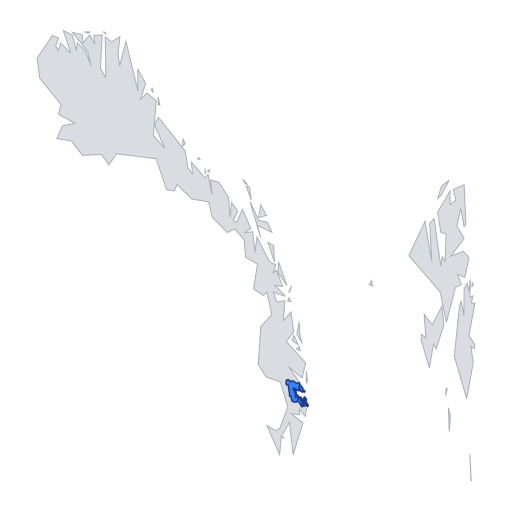 Lebesby nor, Finnmark, Norway shown in context, rotated 90°
{"feature_id": "86288312B28845238871652", "entity_name": "Lebesby nor", "entity_type": "district", "adm_level": 2, "iso_a3": "NOR", "parent_name": "Norway", "parent_adm1": "Finnmark", "projection": "robinson", "projection_center": [27.103, 70.553], "detail": "fine", "context": "in_parent", "style": "filled", "palette": "blue", "viewbox_px": 512, "rotation_deg": 90, "n_neighbors": 0, "source": "geoboundaries", "source_scale": "gbopen_adm2", "svg_char_len": 8561}
<svg xmlns="http://www.w3.org/2000/svg" viewBox="0 0 512 512"><g transform="rotate(90 256 256)"><path d="M314.6,240.1L292.1,245.1L295.4,248.6L289.0,258.5L264.0,254.5L257.2,266.4L239.8,267.8L228.9,277.3L232.5,284.8L216.8,299.9L201.8,303.4L199.1,320.1L184.4,335.0L190.9,337.5L189.9,345.3L158.7,355.8L153.8,395.4L164.8,403.2L154.4,410.6L155.4,429.5L140.9,440.6L138.7,455.2L125.8,449.6L123.3,436.9L114.4,453.4L104.3,451.1L78.3,472.3L58.3,474.9L35.5,459.6L38.0,453.3L45.7,456.4L50.6,453.6L43.0,451.5L53.0,441.3L30.7,448.6L35.0,439.5L50.7,435.7L42.8,434.7L50.8,426.8L65.8,420.9L51.4,424.4L32.3,439.6L34.8,429.9L42.9,429.1L35.0,422.3L44.2,417.2L35.3,418.3L35.0,409.8L68.0,411.6L78.1,406.2L37.1,406.7L41.9,400.4L36.7,392.1L54.0,394.0L65.9,392.3L41.1,386.1L90.8,374.1L68.8,374.3L83.5,366.3L99.6,371.7L93.1,365.0L101.1,355.7L135.7,358.7L148.2,347.2L124.6,357.6L117.3,353.5L151.2,326.7L167.6,324.2L174.6,319.4L162.1,320.6L177.9,306.9L174.4,304.0L194.3,300.0L179.9,301.4L182.3,293.1L197.3,283.5L217.6,281.8L202.7,280.4L211.3,274.3L220.6,278.9L222.4,275.4L209.3,269.6L228.6,261.1L232.6,268.1L231.8,259.3L252.4,257.1L236.9,255.0L261.9,242.4L264.7,236.1L273.5,239.2L270.1,235.7L286.6,229.3L285.4,237.0L296.3,226.5L292.3,238.7L302.0,235.1L300.7,227.1L320.8,228.7L312.0,221.0L331.8,218.3L341.5,225.7L363.0,206.3L377.9,209.9L366.8,223.3L388.6,208.1L389.7,217.6L395.7,215.7L404.7,204.7L416.4,206.9L409.2,212.5L414.7,212.7L413.6,220.7L422.9,209.0L454.7,218.9L422.4,222.6L436.2,230.6L454.6,232.4L425.5,245.1L430.9,236.0L427.9,232.0L407.0,224.2L382.0,231.6L377.0,245.8L364.7,253.8L326.4,251.2L314.6,240.1ZM257.5,43.0L277.5,47.2L274.5,54.4L284.4,50.6L287.4,56.5L322.2,65.6L292.1,71.8L255.6,103.1L221.4,87.0L261.4,80.2L223.4,82.4L218.7,77.9L266.0,71.2L256.6,69.7L261.4,66.9L233.9,65.9L232.4,71.2L212.2,74.3L190.9,61.9L204.6,61.9L200.1,56.0L189.5,58.8L184.8,47.9L224.1,46.1L226.8,47.9L208.5,51.2L226.1,55.2L238.6,47.8L256.3,61.5L251.3,48.8L257.5,43.0ZM303.1,37.1L335.4,43.0L345.0,37.1L348.9,37.8L346.1,41.1L362.8,38.8L398.7,45.3L356.2,57.7L306.7,52.6L301.0,50.8L315.6,48.1L289.0,47.9L283.2,44.9L291.1,43.2L279.2,41.7L297.6,42.1L295.8,39.1L303.0,40.6L303.1,37.1ZM324.9,68.1L348.9,75.8L344.3,78.6L368.0,82.6L339.4,91.0L334.4,90.3L338.1,86.2L314.4,87.8L324.7,79.8L306.5,70.1L324.9,68.1ZM225.5,254.4L237.7,251.3L201.9,261.9L220.3,253.3L222.2,244.7L232.4,240.0L225.5,254.4ZM245.7,238.3L261.9,237.6L242.3,244.1L245.7,238.3ZM262.0,233.4L285.7,225.0L272.8,233.9L262.0,233.4ZM180.2,62.8L195.3,70.9L198.5,74.4L186.1,70.4L180.2,62.8ZM215.4,245.6L217.4,253.3L204.8,251.4L215.4,245.6ZM343.4,209.9L334.1,215.1L321.9,212.9L336.2,211.9L343.4,209.9ZM344.8,213.7L340.5,219.8L335.3,218.1L344.8,213.7ZM187.3,262.5L199.9,260.8L185.8,265.8L187.3,262.5ZM480.4,41.0L453.8,42.2L481.3,40.7L480.4,41.0ZM415.9,61.6L431.5,62.7L407.8,63.6L415.9,61.6ZM371.1,205.8L380.4,204.4L383.4,205.7L371.1,205.8ZM350.9,212.1L348.9,215.4L346.6,212.6L350.9,212.1ZM301.5,221.0L301.1,224.3L297.7,223.1L301.5,221.0ZM286.1,139.6L284.6,142.8L280.6,140.3L286.1,139.6ZM396.2,66.3L388.9,65.9L388.3,64.8L396.2,66.3ZM143.8,326.7L146.0,329.6L139.1,328.9L143.8,326.7ZM285.9,220.4L290.4,221.6L292.9,223.5L285.9,220.4ZM284.5,38.7L287.2,40.3L282.7,39.7L284.5,38.7ZM104.8,353.6L96.8,353.9L105.4,352.1L104.8,353.6ZM92.7,358.5L89.4,361.0L88.2,359.7L92.7,358.5ZM183.7,266.6L179.2,269.3L184.3,264.7L183.7,266.6ZM33.3,423.5L31.8,427.6L32.0,422.3L33.3,423.5ZM171.1,304.6L169.5,302.3L172.0,302.5L171.1,304.6ZM438.2,227.3L437.2,230.1L436.9,229.6L438.2,227.3ZM173.0,306.8L168.4,307.3L174.0,306.2L173.0,306.8ZM159.2,312.0L159.3,314.2L157.3,313.5L159.2,312.0ZM34.0,406.4L31.7,408.9L32.4,406.9L34.0,406.4Z" fill="#d9dde1" stroke="#a8b0b8" stroke-width="1"/><path d="M402.2,217.8L402.0,217.7L401.9,216.6L401.9,216.4L401.7,216.2L401.8,216.0L401.7,215.8L401.7,215.7L401.2,215.3L401.2,215.1L401.1,214.8L401.3,214.8L401.2,214.7L401.3,214.3L401.7,213.5L404.0,211.9L406.6,210.4L406.8,209.7L406.4,209.0L405.9,208.4L405.9,206.7L405.4,205.9L405.1,205.6L405.4,205.2L406.1,204.8L405.9,204.7L405.8,204.3L405.4,204.0L405.5,203.9L405.3,203.9L405.3,204.0L405.2,204.0L405.4,204.4L405.4,204.5L405.1,204.6L404.8,204.4L404.4,204.4L404.0,204.5L403.9,204.6L403.3,204.8L403.2,205.0L403.3,205.1L403.1,205.2L403.1,205.3L403.2,205.6L403.3,205.6L403.2,205.6L404.1,205.9L404.4,206.2L404.1,206.4L404.2,206.5L404.0,207.0L404.0,207.3L403.6,207.2L403.4,207.0L403.3,206.6L403.5,206.3L403.4,206.2L402.9,206.2L402.2,206.0L401.8,206.1L401.4,206.1L401.5,206.0L401.4,205.9L400.6,205.7L400.4,205.8L400.3,205.7L400.0,205.6L399.7,205.6L399.5,205.8L399.3,205.8L399.0,205.9L399.1,206.0L398.8,206.1L399.2,206.3L399.8,206.4L400.4,206.8L400.5,207.0L400.4,207.1L400.6,207.3L401.1,207.4L400.9,207.5L400.8,207.4L400.5,207.5L400.3,207.4L398.8,206.8L398.1,206.8L398.1,207.0L397.9,207.0L397.8,207.3L397.7,207.3L397.8,207.4L397.7,207.5L397.8,207.6L397.4,207.7L397.6,207.9L397.6,208.0L398.2,208.1L398.3,208.2L398.6,208.3L399.2,208.4L399.3,208.4L399.2,208.4L399.4,208.2L399.6,208.4L400.3,208.4L400.6,208.5L401.1,208.4L401.7,208.1L401.9,207.9L402.1,207.8L401.9,208.0L402.2,208.1L401.4,208.7L402.2,208.6L402.4,208.6L402.5,208.6L402.9,208.6L403.0,208.6L402.7,208.7L402.7,208.8L403.7,209.0L403.3,209.2L403.4,209.3L402.6,209.4L402.8,209.4L402.6,209.4L403.0,209.7L403.9,209.9L404.5,209.9L406.5,210.2L403.7,210.0L403.4,210.1L403.1,209.9L402.6,209.9L401.5,209.6L400.2,209.6L400.1,209.9L400.0,210.0L400.3,210.2L400.3,210.3L400.0,210.4L400.0,210.6L400.0,210.8L399.9,210.9L401.2,211.1L400.8,211.1L400.7,211.2L400.8,211.2L400.8,211.4L400.7,211.5L400.3,211.6L400.2,211.4L399.7,211.1L397.9,211.2L397.5,211.1L397.5,211.3L397.3,211.6L397.2,211.8L396.9,212.0L397.1,212.2L397.7,212.2L398.3,212.4L398.2,212.5L397.5,212.4L397.1,212.4L397.8,212.5L398.3,212.8L397.7,212.6L397.4,212.8L397.1,212.8L397.1,213.2L397.6,213.4L398.0,213.4L398.4,213.6L398.6,213.7L399.4,213.9L399.6,214.2L400.0,214.2L399.6,214.3L399.1,214.1L397.4,213.9L397.0,213.7L396.7,213.8L397.0,213.7L396.6,213.6L396.3,213.7L396.5,213.8L396.4,213.9L396.0,213.9L395.6,214.1L395.4,214.2L395.3,214.3L395.2,214.5L396.0,214.6L396.0,214.8L395.2,215.0L395.8,215.5L395.7,215.6L395.8,215.7L396.3,215.8L396.2,215.9L396.5,216.1L397.4,216.3L397.3,216.5L397.0,216.5L397.1,216.4L396.4,216.2L395.4,216.6L395.5,216.6L395.3,216.8L394.7,216.7L395.0,216.4L395.1,216.2L394.8,216.2L394.8,216.3L394.1,216.3L393.5,216.3L393.5,216.2L393.2,216.0L393.0,216.3L392.7,216.3L392.5,216.2L392.1,216.1L392.2,216.3L392.3,216.4L392.2,216.5L392.6,216.5L392.3,216.6L392.3,216.9L392.4,217.1L392.1,217.2L391.9,217.1L392.0,217.4L391.9,217.4L391.7,217.5L391.3,217.6L391.2,217.5L391.3,217.4L391.2,217.4L390.9,217.5L390.4,217.2L390.2,217.3L390.3,217.4L390.2,217.4L389.9,217.6L390.0,217.6L389.8,217.7L389.7,217.8L390.0,217.8L390.3,217.9L390.2,218.0L390.4,218.1L390.1,218.2L389.7,218.1L389.1,218.2L388.8,218.4L388.8,218.6L388.7,218.8L388.2,218.6L388.1,218.4L388.5,218.2L388.4,218.2L388.5,218.0L389.0,217.9L388.8,217.7L388.7,217.7L388.7,217.4L388.8,217.2L388.7,217.1L388.9,216.9L389.5,216.6L389.4,216.6L389.5,216.5L389.5,216.4L389.8,216.3L389.2,216.1L389.4,216.0L389.2,215.8L389.2,215.7L389.3,215.5L390.0,215.1L390.2,214.9L390.1,214.7L390.3,214.0L390.3,213.9L390.3,213.7L390.2,213.6L390.4,213.5L390.6,213.1L389.8,212.8L390.0,212.7L390.3,212.7L390.4,212.4L389.9,212.6L389.4,212.6L389.7,212.7L389.9,212.9L388.7,212.7L387.5,212.9L387.3,212.9L387.2,212.8L386.6,213.0L386.3,213.0L386.3,212.9L387.2,212.7L387.7,212.4L388.7,212.2L389.3,211.9L390.3,211.7L390.8,211.5L390.8,211.4L391.2,211.2L391.2,210.9L391.1,210.6L391.3,210.4L391.7,210.2L391.7,209.8L392.0,209.8L391.9,209.4L390.9,209.7L391.0,209.6L390.9,209.5L390.9,209.4L391.0,209.3L391.0,209.2L390.8,209.2L391.2,208.9L391.4,208.7L391.7,208.6L391.7,208.4L391.9,208.2L391.5,208.0L391.8,207.8L391.8,207.7L391.6,207.4L391.4,207.2L391.6,207.1L391.4,207.0L391.2,207.0L389.8,208.9L387.6,209.9L385.4,211.7L384.5,212.0L384.5,212.5L382.8,212.9L383.3,215.1L382.5,216.8L381.2,218.0L381.1,219.2L380.9,219.6L381.2,220.2L381.9,221.3L381.2,221.7L380.6,222.1L380.9,222.5L379.7,223.7L379.7,224.2L380.2,224.9L380.2,225.4L380.3,225.8L381.8,225.8L382.8,226.0L384.9,225.5L384.6,223.9L392.1,222.7L396.1,222.4L396.0,221.3L401.4,219.9L401.4,219.1L401.5,218.8L401.6,218.4L402.2,217.8ZM398.8,210.1L398.4,210.3L398.2,210.5L398.8,210.7L399.0,210.4L399.0,210.2L398.8,210.1ZM390.4,217.0L390.1,216.9L389.7,217.0L389.4,217.1L389.2,217.3L389.2,217.5L389.8,217.4L389.7,217.4L389.8,217.2L390.4,217.0ZM394.3,215.7L394.2,215.5L393.9,215.6L393.6,215.8L394.3,215.7ZM392.2,215.8L391.9,215.8L392.0,215.8L392.3,215.9L392.5,216.1L392.7,215.9L392.2,215.8Z" fill="#3b82f6" stroke="#1e3a8a" stroke-width="1.5"/></g></svg>